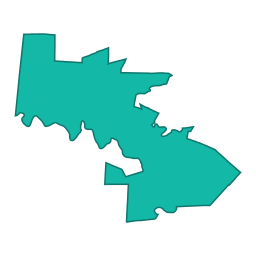 Rastoaca, Vrancea, Romania, rotated 180°
{"feature_id": "2599482B59302072108083", "entity_name": "Rastoaca", "entity_type": "district", "adm_level": 2, "iso_a3": "ROU", "parent_name": "Romania", "parent_adm1": "Vrancea", "projection": "mercator", "projection_center": [27.302, 45.655], "detail": "fine", "context": "isolated", "style": "filled", "palette": "teal", "viewbox_px": 256, "rotation_deg": 180, "n_neighbors": 0, "source": "geoboundaries", "source_scale": "gbopen_adm2", "svg_char_len": 5890}
<svg xmlns="http://www.w3.org/2000/svg" viewBox="0 0 256 256"><g transform="rotate(180 128 128)"><path d="M232.2,221.7L236.6,180.7L240.6,140.2L238.9,140.6L237.8,141.6L236.9,142.7L236.4,143.0L235.4,143.3L233.5,142.9L232.8,142.6L232.1,141.9L231.8,141.2L231.7,140.4L231.9,140.0L232.8,139.1L233.8,137.9L234.1,137.0L234.0,135.8L233.6,134.4L232.8,133.3L231.5,131.8L230.0,130.5L229.0,129.8L227.9,129.6L227.1,129.7L226.3,130.4L225.7,131.3L225.1,132.9L223.9,136.4L222.6,138.8L221.7,139.8L220.1,140.3L218.8,139.6L214.2,135.1L212.4,132.4L212.0,131.5L211.3,130.3L210.8,129.8L209.8,129.6L208.4,129.9L207.3,130.2L204.7,131.5L203.2,132.4L201.9,133.0L200.4,133.4L199.1,132.9L197.1,131.7L192.1,129.7L190.6,128.3L188.4,125.6L187.6,124.4L186.3,121.6L186.3,119.5L186.2,118.3L186.0,117.1L185.6,116.1L185.2,115.8L184.4,115.5L183.8,115.4L183.2,115.5L182.6,115.8L181.6,116.5L180.6,117.7L180.2,118.1L179.3,119.3L178.6,120.3L178.0,121.5L177.3,122.4L176.9,122.6L175.6,123.8L174.8,125.6L174.8,126.1L175.0,126.7L175.4,127.3L175.4,128.0L175.4,128.7L175.4,129.6L175.2,130.4L175.1,131.1L174.9,131.9L174.6,132.7L174.5,133.4L174.6,134.2L174.4,134.7L173.8,135.0L173.2,135.0L172.6,134.7L171.7,133.6L171.3,131.8L171.2,130.9L171.2,130.2L171.3,129.4L171.2,128.7L170.9,128.0L170.4,127.4L169.7,127.0L169.0,126.8L168.2,126.7L167.2,126.6L166.2,126.7L165.0,126.7L164.2,126.3L163.6,126.0L163.3,125.4L163.0,124.3L162.6,122.9L162.1,120.7L161.3,117.8L160.4,115.4L159.5,113.8L158.5,112.6L157.7,111.0L157.3,110.2L156.8,108.6L156.5,108.0L155.8,107.6L155.1,107.4L154.4,107.5L153.5,107.9L151.2,109.7L149.5,111.8L148.8,112.2L148.4,112.4L147.6,112.4L147.0,112.7L145.8,113.7L145.4,114.3L145.2,115.3L145.1,116.7L145.0,117.2L144.8,117.5L144.5,117.7L144.2,117.8L143.7,117.7L143.0,117.6L139.8,116.1L139.3,115.9L138.8,115.4L138.0,114.1L137.7,113.4L137.6,112.9L137.6,112.4L137.4,111.6L136.9,110.4L135.1,107.6L133.6,105.6L133.7,105.0L133.6,103.8L133.4,102.6L133.1,101.7L132.1,100.3L131.4,99.7L130.9,99.4L129.8,98.9L129.2,98.7L127.3,98.6L126.0,98.3L124.2,98.2L123.8,98.0L123.4,97.7L122.9,97.6L122.2,97.6L121.6,97.7L120.7,97.6L120.1,97.6L119.5,97.6L119.1,97.7L118.6,97.8L118.0,97.6L117.2,97.1L115.9,95.6L115.5,94.9L115.3,94.2L115.1,93.3L114.2,91.9L114.1,91.4L114.2,90.6L114.0,89.9L114.0,89.5L113.9,88.7L113.5,87.7L113.1,86.9L113.1,86.3L113.1,84.5L119.1,82.7L124.6,81.0L126.6,80.4L130.3,79.2L134.1,86.5L134.4,86.7L137.2,87.8L146.4,91.7L150.0,93.3L150.6,83.6L151.2,71.6L150.8,71.7L140.7,71.7L128.2,71.7L127.6,71.7L128.1,61.8L128.3,57.0L128.4,55.8L128.4,54.2L128.7,51.1L128.8,47.9L129.0,44.3L129.2,40.9L129.3,38.1L129.5,34.2L129.2,34.0L128.9,34.0L126.9,34.3L125.9,34.5L123.6,34.8L120.8,35.2L117.6,35.5L116.4,35.6L116.1,35.4L101.8,37.0L100.6,37.3L100.3,37.5L98.0,41.6L98.3,41.6L99.0,41.7L99.9,42.4L100.8,43.2L101.4,44.3L101.6,45.2L101.5,45.8L101.3,46.4L100.6,47.2L98.7,48.4L97.4,48.6L96.1,48.6L94.7,48.2L93.6,47.5L92.2,46.0L90.9,45.1L89.7,44.1L88.6,43.7L86.0,43.5L82.7,43.5L81.7,44.0L80.4,45.3L79.6,46.5L79.4,48.1L79.5,49.3L51.4,50.6L46.1,50.5L27.2,71.4L26.7,71.0L24.7,73.2L23.4,74.6L20.7,77.6L20.3,78.3L15.4,83.6L16.5,84.4L20.3,87.7L21.7,89.0L23.3,90.4L26.4,93.0L27.8,94.2L28.4,94.8L33.9,99.9L36.2,101.9L38.3,103.7L39.1,104.5L40.8,106.3L44.7,108.0L47.2,109.1L49.3,110.1L55.3,112.5L55.7,112.8L57.7,113.4L58.9,113.8L59.8,114.2L60.8,114.6L61.6,114.8L62.5,115.1L66.7,116.6L68.8,117.3L69.2,117.4L69.1,117.9L68.7,119.9L67.8,124.5L65.4,124.6L63.5,127.7L62.6,129.2L68.5,128.3L71.0,127.9L73.5,127.9L73.4,127.2L73.6,126.8L73.8,126.2L74.1,125.7L74.9,124.9L75.3,124.5L75.7,124.3L76.0,124.2L76.4,124.1L77.1,124.2L77.3,124.3L78.0,124.8L79.0,125.4L81.1,126.1L82.1,126.2L83.1,126.1L83.9,125.8L84.2,125.6L84.3,125.1L84.4,124.5L84.4,124.1L84.7,123.8L85.0,123.6L87.1,122.2L87.7,121.9L88.9,120.8L89.5,120.5L91.7,119.8L92.2,119.7L92.8,119.7L93.3,119.7L93.7,119.8L94.2,120.0L94.5,120.3L94.7,120.7L94.7,121.0L94.4,121.6L93.9,122.4L92.3,123.6L91.1,124.7L90.0,125.9L89.8,126.5L89.8,127.0L89.9,127.5L90.2,128.0L90.5,128.4L90.9,128.8L91.5,129.0L92.1,129.1L94.7,129.0L95.5,128.8L96.7,128.9L97.1,129.1L97.5,129.4L97.8,129.9L98.1,130.4L98.7,131.3L99.1,131.7L99.6,131.9L100.0,132.0L100.4,131.9L100.9,131.6L101.1,131.2L101.7,129.2L102.3,129.0L103.1,129.4L103.7,130.2L104.3,131.3L103.4,132.0L101.8,133.0L101.5,133.3L101.2,134.1L101.5,134.7L101.7,135.1L97.2,142.8L98.7,143.4L101.1,144.6L103.0,145.4L105.0,146.4L107.9,147.7L107.7,148.0L110.3,148.8L112.5,149.9L115.9,151.8L114.2,147.0L122.2,149.5L120.0,161.1L119.8,161.1L119.6,161.2L119.0,161.7L118.1,162.1L117.8,162.3L116.7,162.5L114.9,162.5L113.5,162.4L112.9,162.4L111.9,162.3L111.2,162.4L109.9,163.2L108.5,164.0L108.1,164.3L107.8,164.4L106.3,164.9L106.0,165.0L105.7,165.3L105.6,165.6L105.6,165.8L105.6,166.0L105.9,166.3L106.5,166.8L106.7,167.2L106.7,167.5L106.6,167.8L106.3,168.1L106.0,168.6L105.1,169.1L104.0,169.7L102.9,170.0L101.7,170.2L99.0,170.3L97.4,170.4L96.3,170.4L95.9,170.5L94.7,170.8L93.6,171.3L92.1,171.8L90.0,172.0L89.3,172.3L89.1,172.7L89.1,173.1L88.9,173.8L88.4,175.0L87.6,176.5L87.5,176.9L87.4,177.8L87.2,178.1L86.9,178.6L86.7,179.2L86.4,179.5L84.1,180.4L83.9,180.6L84.1,180.8L87.6,182.7L90.3,182.7L92.3,183.0L94.1,183.1L95.9,183.0L96.7,183.1L97.4,183.0L99.2,182.9L102.5,182.7L106.3,182.6L106.8,182.8L135.1,183.3L135.0,187.2L133.1,190.4L131.5,193.4L130.3,196.3L130.0,197.0L132.9,196.2L135.6,195.5L137.6,195.1L139.2,194.6L142.5,193.8L146.9,192.5L147.7,192.0L147.6,196.8L147.5,200.2L147.5,208.2L148.3,207.8L150.1,207.2L151.8,206.6L152.8,206.1L156.3,205.1L157.5,204.7L158.9,204.0L159.5,203.8L160.0,203.1L161.8,202.6L163.9,201.8L165.1,201.4L165.6,201.0L168.0,200.0L170.6,199.2L172.8,198.4L173.5,198.0L173.8,197.7L173.9,194.3L174.0,193.3L182.4,193.8L184.2,194.0L185.5,194.0L186.9,194.1L190.9,194.3L193.3,194.6L195.6,194.6L199.9,194.9L201.3,194.9L201.2,205.2L201.1,209.2L201.1,214.0L201.1,219.7L201.1,221.1L203.3,221.2L211.9,222.0L224.7,221.9L226.6,221.7L232.2,221.7Z" fill="#14b8a6" stroke="#0f766e" stroke-width="1.5"/></g></svg>